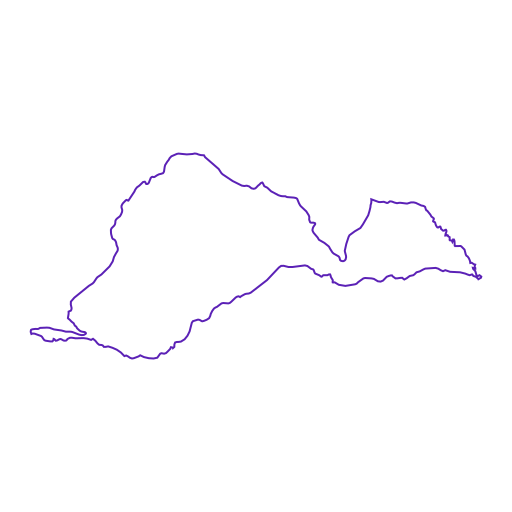 an SVG outline of Barinas
{"feature_id": "VEN-26", "entity_name": "Barinas", "entity_type": "State", "adm_level": 1, "iso_a3": "VEN", "parent_name": "Venezuela", "parent_adm1": "", "projection": "robinson", "projection_center": [-69.659, 8.155], "detail": "fine", "context": "isolated", "style": "outline", "palette": "violet", "viewbox_px": 512, "rotation_deg": 0, "n_neighbors": 0, "source": "natural_earth", "source_scale": "10m", "svg_char_len": 6043}
<svg xmlns="http://www.w3.org/2000/svg" viewBox="0 0 512 512"><path d="M427.2,210.7L430.4,214.7L431.4,216.5L433.6,218.2L433.9,218.9L433.3,220.4L433.1,221.3L433.5,221.7L434.7,222.1L435.1,222.5L435.5,224.0L436.0,225.4L436.7,226.6L437.4,227.4L438.2,227.5L439.6,226.6L440.3,226.6L440.6,227.1L441.1,229.0L443.1,230.7L443.9,230.7L445.4,229.8L446.0,229.8L446.5,231.0L446.2,232.3L445.6,233.8L445.3,235.5L446.0,235.5L446.6,234.8L446.9,234.9L447.2,235.3L447.8,235.5L447.7,235.8L448.4,236.5L449.6,237.1L449.7,237.9L449.6,239.9L449.9,240.3L451.6,240.5L452.0,241.0L452.4,241.9L453.1,240.3L453.1,239.5L453.9,239.5L454.3,240.4L454.5,241.4L454.7,245.7L455.1,246.1L460.6,246.0L461.3,246.4L464.5,249.6L465.8,254.6L466.4,255.7L467.6,256.5L468.9,258.3L469.9,260.7L470.3,263.0L471.6,262.7L473.8,264.2L475.2,264.6L474.8,265.7L474.7,266.5L474.8,267.2L475.3,267.9L475.3,268.6L472.9,267.9L473.1,268.8L475.3,271.1L476.4,274.9L477.5,276.2L479.5,275.2L481.3,276.6L481.0,277.7L478.4,279.2L478.2,278.8L475.9,276.8L473.5,276.0L473.1,275.7L472.5,274.7L472.1,274.4L469.6,275.2L467.5,274.5L465.3,273.6L460.1,272.3L450.1,271.8L445.3,270.2L443.0,271.2L440.7,270.2L438.3,268.7L435.7,267.9L425.3,268.6L423.4,269.4L419.7,271.4L416.5,272.3L414.5,274.3L413.3,275.2L409.7,276.0L406.6,278.3L404.3,279.5L403.3,278.8L402.3,277.8L400.1,277.9L397.6,278.3L395.5,278.4L392.6,276.3L392.0,275.4L390.8,275.4L388.7,276.0L386.7,276.8L383.0,280.6L380.6,281.6L377.9,281.3L373.9,278.9L371.5,278.4L365.1,278.0L363.4,278.4L358.1,282.2L356.6,283.7L355.1,284.3L345.4,285.9L338.8,284.8L334.8,282.4L334.4,282.3L333.1,282.5L332.7,282.4L332.6,282.0L332.8,280.5L332.7,280.0L331.4,277.9L330.8,276.7L330.6,275.6L330.1,274.4L329.0,274.4L327.4,275.2L323.5,275.2L323.0,275.4L322.0,276.5L321.3,276.7L319.2,275.2L315.3,273.6L314.7,272.9L313.7,270.1L313.1,269.4L311.1,268.8L307.4,266.0L304.9,265.4L292.5,267.0L288.5,267.0L283.6,265.8L281.1,265.9L278.9,267.5L267.0,280.1L250.7,292.7L248.8,293.5L246.1,293.8L244.8,294.2L241.2,296.2L240.1,297.1L238.7,296.3L237.2,296.6L235.7,297.5L231.1,301.9L229.7,303.0L228.3,303.4L223.2,303.0L221.5,303.4L216.9,306.9L215.5,307.5L214.0,308.5L212.2,311.0L210.8,313.8L210.2,316.0L209.1,318.2L206.6,319.8L203.9,320.9L202.2,321.3L201.5,321.0L199.8,320.0L198.7,319.7L197.7,319.7L192.9,321.2L191.8,322.8L189.6,331.4L187.5,335.7L184.6,339.3L180.9,341.6L178.8,341.9L176.7,342.0L175.1,342.5L174.4,344.4L174.3,346.9L173.0,348.1L172.9,347.8L172.2,347.4L170.9,347.2L170.2,348.9L167.6,351.6L166.0,353.1L164.1,353.7L161.5,353.2L160.2,353.7L157.3,357.7L153.6,358.5L148.8,358.2L144.0,357.1L140.2,355.3L138.6,356.4L133.8,358.2L132.0,358.5L130.0,357.8L128.0,356.4L126.2,355.5L124.4,356.1L120.9,352.5L116.8,349.7L112.5,347.8L108.2,346.4L105.5,346.9L103.9,346.9L102.7,345.4L101.6,345.0L99.2,344.8L97.5,343.4L95.3,340.7L93.0,338.8L91.1,339.9L87.2,338.6L83.5,338.1L75.7,338.3L71.6,337.7L69.8,337.8L67.5,339.0L66.6,340.2L66.0,340.6L64.7,340.7L63.5,340.5L61.4,339.3L60.3,339.0L59.3,339.3L57.0,340.5L55.7,340.7L54.4,339.2L53.6,338.9L53.3,340.3L52.4,341.4L50.2,341.4L45.7,340.7L44.4,340.2L43.5,339.1L41.9,336.7L41.0,336.0L34.7,333.7L32.6,333.5L31.4,334.0L30.8,332.3L30.7,331.6L30.9,330.3L31.1,329.8L31.7,329.5L32.9,329.2L35.6,328.9L37.1,329.0L38.3,328.9L40.1,327.9L46.9,327.6L49.5,327.8L53.9,329.4L61.5,330.5L66.0,331.7L70.3,331.7L71.4,331.8L72.6,332.1L79.1,334.6L81.4,335.1L83.2,335.0L84.1,334.8L85.6,333.9L85.9,333.5L85.9,333.1L85.5,332.6L84.8,332.1L82.1,331.7L80.8,331.3L79.6,330.6L77.2,328.4L76.2,326.6L74.8,325.6L73.7,323.3L71.5,321.6L69.6,319.6L68.4,318.7L67.9,318.1L68.6,313.8L68.6,311.6L70.9,310.6L71.4,309.5L71.6,308.1L70.8,304.5L70.9,301.6L74.3,297.7L88.8,285.9L92.6,283.5L93.9,282.2L96.4,278.4L97.4,277.2L101.4,274.5L109.6,266.4L112.7,261.4L114.0,257.0L116.0,253.3L117.4,251.1L117.8,249.9L117.8,248.4L117.6,247.5L116.6,245.2L116.1,242.5L115.7,241.4L114.8,240.0L114.4,239.7L112.8,238.9L112.2,238.0L111.2,234.3L111.0,233.0L110.9,229.9L111.2,229.0L111.6,228.2L114.3,225.5L115.0,224.2L115.3,222.8L115.4,221.0L115.7,220.2L116.2,219.4L117.3,218.3L119.9,216.3L121.0,214.5L122.0,212.1L122.2,210.8L122.2,209.8L121.5,207.4L121.5,205.9L122.2,204.4L122.9,203.3L125.8,200.3L126.3,200.0L126.8,199.9L127.4,200.4L128.4,200.6L134.5,191.4L134.9,190.3L135.9,188.7L137.0,187.3L139.4,185.6L143.1,182.0L144.8,181.7L145.5,182.5L145.9,183.6L146.3,184.0L147.3,184.0L147.8,183.8L148.8,182.8L150.7,178.0L151.6,177.1L152.5,176.8L153.8,177.1L154.6,176.9L157.2,175.2L159.0,174.3L161.1,173.8L163.0,173.2L163.5,172.5L164.0,171.6L164.7,166.8L165.2,165.0L167.4,161.5L168.5,160.2L169.7,158.1L171.4,156.3L176.9,153.9L178.6,153.6L186.8,154.4L192.4,154.0L194.8,153.5L196.8,153.8L198.5,154.5L200.8,155.1L204.0,155.3L205.1,157.2L218.7,169.0L221.3,173.0L222.6,174.3L232.6,181.0L241.8,185.6L244.2,186.0L246.8,185.7L249.1,186.4L251.5,188.3L253.6,188.8L255.0,188.5L255.9,187.9L258.2,185.5L259.5,184.5L260.4,183.5L261.0,183.0L262.2,182.5L262.8,183.1L264.3,186.2L267.3,187.7L271.1,191.3L278.4,195.2L280.5,195.9L282.1,196.2L285.5,196.3L286.1,196.7L287.2,197.1L293.9,197.6L295.8,198.0L296.6,198.4L297.2,198.9L299.0,203.3L300.1,205.3L300.8,206.2L306.3,211.4L308.7,215.2L309.3,216.9L309.2,219.7L310.1,222.2L310.5,222.5L311.1,222.7L313.5,222.7L314.6,223.0L315.1,223.3L315.2,223.9L315.1,224.4L313.8,226.2L313.2,227.2L312.8,228.3L312.5,229.6L312.5,230.4L312.9,231.5L313.7,232.9L317.7,237.6L318.6,239.2L319.0,239.8L324.4,242.9L328.4,246.1L329.0,246.7L330.1,248.8L332.4,252.4L333.7,253.6L338.5,256.3L339.1,257.0L339.5,257.7L340.1,260.0L341.0,260.8L342.2,261.1L343.5,261.1L344.0,260.9L344.9,260.3L345.6,259.4L346.1,257.2L346.0,255.8L344.9,251.6L344.8,250.7L346.3,243.9L348.6,236.9L349.5,235.2L354.8,231.3L360.4,228.0L362.9,224.4L368.2,215.3L369.5,211.0L370.4,207.2L370.6,205.1L371.2,203.1L371.4,200.9L371.3,199.3L378.7,202.0L380.2,202.1L383.8,201.8L387.0,203.0L387.9,202.8L389.8,201.4L390.7,201.4L392.0,201.6L394.6,202.6L397.0,203.2L399.2,202.8L400.5,202.8L406.2,203.5L407.4,203.5L411.0,202.4L413.7,202.4L415.8,202.9L421.3,205.5L423.4,205.9L424.4,206.4L425.1,206.9L425.7,209.0L426.3,210.3L427.2,210.7Z" fill="none" stroke="#5b21b6" stroke-width="2"/></svg>